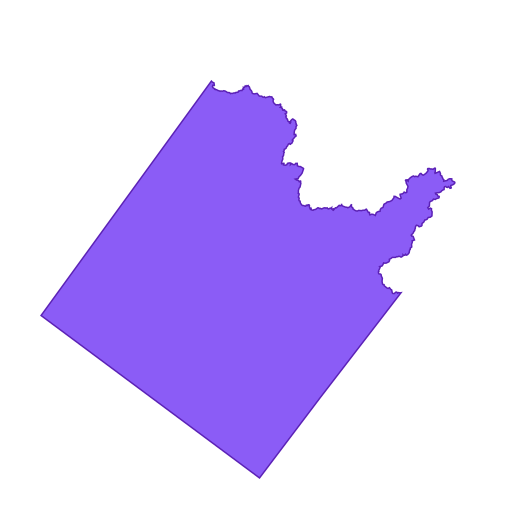 Río Senguer, Chubut, Argentina (Mercator projection), rotated 126°
{"feature_id": "61730980B47831130528254", "entity_name": "Río Senguer", "entity_type": "district", "adm_level": 2, "iso_a3": "ARG", "parent_name": "Argentina", "parent_adm1": "Chubut", "projection": "mercator", "projection_center": [-71.319, -45.327], "detail": "fine", "context": "isolated", "style": "filled", "palette": "violet", "viewbox_px": 512, "rotation_deg": 126, "n_neighbors": 0, "source": "geoboundaries", "source_scale": "gbopen_adm2", "svg_char_len": 6107}
<svg xmlns="http://www.w3.org/2000/svg" viewBox="0 0 512 512"><g transform="rotate(126 256 256)"><path d="M200.5,117.1L201.2,117.8L201.8,119.2L202.8,119.6L202.5,120.6L202.8,121.5L205.3,122.2L205.9,123.4L205.7,124.1L203.7,126.3L203.7,126.7L203.9,127.1L203.2,129.4L204.6,130.1L204.9,131.2L204.7,134.8L203.9,135.6L204.4,136.6L204.1,137.4L202.3,139.2L199.7,140.7L198.7,142.6L197.5,143.9L197.4,144.6L198.2,146.0L197.9,146.8L197.3,147.3L196.3,147.5L196.3,148.0L192.2,148.9L191.9,149.8L190.1,148.2L188.5,148.2L186.6,148.7L186.2,147.7L185.2,146.5L182.6,145.1L181.2,145.3L180.3,146.2L178.8,145.4L177.0,144.9L175.1,142.3L173.7,141.7L173.3,140.8L172.5,140.5L171.9,139.7L171.7,138.2L171.3,137.7L169.3,137.1L168.7,137.6L168.8,137.0L168.0,136.2L166.7,136.0L167.1,135.2L166.7,134.6L165.5,134.1L163.4,134.0L160.9,135.2L160.0,135.1L158.9,135.8L157.2,135.3L155.0,137.1L153.4,137.5L152.4,138.0L152.0,138.6L149.9,137.2L147.9,140.2L147.8,140.9L148.4,141.7L147.9,142.7L144.7,142.3L143.4,142.8L142.6,142.5L141.5,142.8L141.2,143.2L140.1,143.3L138.9,144.1L137.6,144.3L136.8,144.3L136.2,142.7L136.5,141.2L134.6,139.8L133.8,139.7L132.0,140.8L130.1,140.2L127.5,140.6L127.1,140.0L125.8,139.2L123.6,139.3L122.2,137.8L120.2,137.2L116.7,139.5L115.9,141.0L114.6,141.8L114.8,143.2L116.6,143.9L115.9,145.5L113.7,145.1L110.6,147.1L109.5,147.0L107.4,145.8L105.7,145.9L104.8,144.1L103.6,143.8L101.6,142.2L100.4,142.5L100.1,142.9L100.6,144.2L99.8,145.4L100.3,146.6L99.7,147.8L98.4,146.7L97.1,145.1L95.4,144.1L94.1,144.1L92.4,143.4L91.7,142.9L90.0,144.0L89.1,144.2L88.2,143.4L88.4,142.4L88.0,141.4L86.7,141.1L87.2,138.8L86.5,138.1L86.0,138.2L85.0,139.6L84.5,139.9L82.7,138.6L80.9,138.0L79.9,138.1L79.4,138.8L79.9,141.3L79.6,142.1L78.5,143.0L79.7,144.8L81.0,145.6L82.4,145.7L85.2,148.1L83.9,148.8L83.8,150.1L83.2,150.7L83.1,151.3L82.0,152.7L82.2,153.6L82.0,154.5L80.8,155.3L79.7,157.2L83.9,159.7L83.6,160.2L82.3,160.6L79.8,162.3L79.6,162.6L80.0,163.2L81.8,163.7L82.2,164.9L83.0,165.8L83.4,167.4L84.3,168.4L84.9,168.3L85.5,167.2L86.3,166.9L89.3,167.1L92.2,168.1L92.4,168.3L92.5,169.8L92.2,171.0L92.5,171.4L92.9,171.7L96.7,171.6L97.6,173.7L98.5,174.2L98.7,175.7L100.1,176.5L102.1,177.2L104.8,177.6L105.3,178.2L105.6,177.0L106.1,176.8L105.9,178.1L106.2,179.3L106.6,179.6L107.1,179.4L107.4,178.5L108.8,177.2L110.3,174.0L111.9,173.2L113.6,173.0L115.7,171.5L116.8,171.9L117.2,173.7L118.1,173.6L119.5,174.0L121.4,175.7L122.2,175.0L123.8,172.6L124.9,172.8L125.4,173.6L126.0,178.6L126.6,179.4L127.5,178.7L131.1,178.7L133.2,179.7L135.3,181.7L136.5,181.8L138.9,182.9L142.1,181.8L143.7,182.8L145.3,182.8L146.9,181.9L148.1,183.2L149.7,184.0L150.5,184.1L153.1,183.3L153.4,185.5L154.1,186.9L155.8,188.0L155.5,188.6L154.1,189.7L154.1,190.1L154.7,190.7L153.3,194.0L153.3,194.4L155.1,195.0L156.1,196.4L157.3,197.3L158.8,199.8L160.0,200.4L160.7,201.6L160.9,202.7L161.0,203.7L160.8,204.5L161.0,205.1L160.2,205.8L160.2,206.9L159.8,207.8L159.0,208.6L157.9,209.1L161.2,209.0L163.0,210.1L163.1,211.1L163.8,212.1L164.7,215.5L164.3,216.7L163.5,217.5L164.9,216.6L165.2,216.7L166.0,217.6L166.1,218.5L169.7,219.2L170.3,220.1L173.6,220.3L173.7,220.5L172.5,221.3L173.5,222.2L173.3,222.8L172.6,223.2L173.4,223.3L173.6,224.1L175.2,224.9L175.5,225.7L175.2,226.8L176.2,227.5L176.4,228.5L177.4,229.5L179.3,230.5L179.5,231.3L179.8,231.8L179.7,232.0L180.4,232.7L180.2,233.4L180.6,234.3L183.3,235.2L184.7,236.5L185.4,236.6L186.0,237.6L185.5,238.9L185.2,239.4L186.2,239.2L186.2,239.6L185.6,239.9L185.7,240.4L184.5,242.1L183.9,242.7L183.6,242.6L183.4,243.0L183.9,244.0L185.1,244.2L185.3,245.2L186.5,245.1L187.0,246.1L187.1,247.0L187.8,248.0L187.8,249.0L187.1,251.1L186.4,252.0L185.7,252.5L185.9,253.6L185.5,254.2L183.8,255.1L183.5,256.3L180.8,257.3L180.3,257.8L180.4,258.8L179.6,259.0L178.3,260.1L175.9,261.0L174.3,260.9L170.7,262.5L170.3,263.2L169.5,263.6L169.2,264.0L170.5,264.7L169.9,265.8L170.7,267.9L170.7,269.4L168.5,267.4L166.4,267.8L164.8,267.4L161.9,267.4L157.4,268.8L157.2,269.5L157.5,271.7L157.4,272.4L158.5,274.1L158.5,274.9L158.7,275.5L156.8,277.1L157.7,278.3L159.3,278.4L160.2,279.7L160.2,281.1L160.4,281.5L161.7,281.8L160.4,282.4L160.5,282.8L161.4,284.1L162.2,284.5L162.5,285.0L164.0,284.7L165.3,285.6L166.1,287.3L164.9,287.8L164.2,287.5L164.8,288.2L166.3,289.3L166.2,289.7L163.9,290.8L161.8,291.3L160.0,292.9L159.3,292.7L158.0,293.0L157.0,293.8L155.6,294.1L155.3,295.2L154.4,295.1L153.1,295.9L152.2,295.3L150.8,295.0L149.5,295.5L148.5,295.2L146.3,295.6L145.4,295.1L145.6,294.3L145.4,293.8L144.6,293.8L143.8,293.3L141.2,293.7L140.7,294.1L140.8,294.8L140.5,294.8L135.9,294.4L135.3,294.1L134.3,295.4L135.4,296.4L135.2,296.7L132.3,298.4L130.8,298.8L129.3,298.6L127.8,299.7L126.3,299.7L126.1,300.0L126.1,300.7L125.2,301.4L124.8,302.2L124.0,302.7L123.5,303.5L123.4,304.8L123.6,305.5L123.4,306.0L123.6,306.9L124.9,307.3L126.5,307.4L127.2,306.6L128.6,306.3L128.8,307.0L127.7,307.8L128.2,308.6L128.1,309.6L127.3,310.3L127.2,311.0L126.7,311.4L126.6,312.6L125.7,313.8L124.9,313.7L123.9,315.3L123.8,315.9L122.2,315.3L121.2,316.2L121.5,317.8L121.0,318.8L121.3,319.3L121.9,319.3L122.3,320.2L121.2,321.3L121.2,322.3L120.5,322.7L121.3,323.7L120.5,323.7L119.9,324.5L118.8,325.2L118.8,325.6L120.4,326.4L121.3,328.0L122.1,328.6L121.8,331.3L121.1,332.8L119.6,333.9L118.9,333.9L118.6,334.7L118.6,335.8L118.0,336.4L118.0,336.8L118.9,338.2L118.9,338.7L122.4,341.5L122.3,342.9L123.0,343.0L123.5,344.1L123.3,345.3L124.7,347.3L123.8,350.7L125.8,352.6L126.4,353.8L126.4,355.0L125.4,356.0L124.9,357.2L124.7,358.6L123.1,360.8L123.1,361.7L122.7,362.5L123.5,362.9L123.6,364.1L123.9,363.4L124.6,363.5L124.7,364.7L126.3,364.4L126.9,365.4L127.4,364.8L128.0,364.8L128.5,364.1L128.8,364.4L129.0,364.9L130.4,364.6L131.2,365.9L132.6,366.6L132.8,367.1L134.1,366.8L135.6,368.5L136.4,368.6L136.9,369.6L138.4,370.7L139.2,372.0L139.6,372.1L139.4,373.5L140.5,375.2L140.6,377.6L141.2,379.2L142.4,380.0L143.2,381.5L143.8,381.8L144.1,383.3L144.5,383.9L144.6,385.6L145.1,386.4L144.9,386.9L145.4,387.3L145.1,388.0L145.1,389.9L144.6,390.8L143.3,391.3L142.8,390.1L142.4,390.0L140.6,391.8L141.0,393.4L140.7,394.9L430.5,394.9L433.5,122.7L332.7,120.8L200.5,117.1Z" fill="#8b5cf6" stroke="#5b21b6" stroke-width="1.5"/></g></svg>